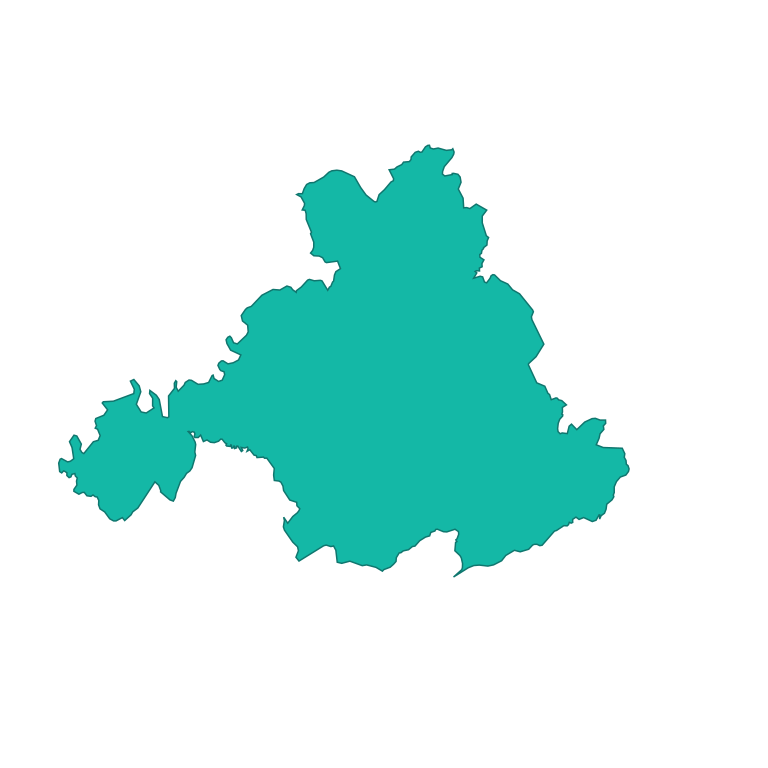 Coatzingo, Puebla, Mexico (Natural Earth projection), rotated 26°
{"feature_id": "50627088B82635679663989", "entity_name": "Coatzingo", "entity_type": "district", "adm_level": 2, "iso_a3": "MEX", "parent_name": "Mexico", "parent_adm1": "Puebla", "projection": "natural_earth1", "projection_center": [-98.173, 18.574], "detail": "fine", "context": "isolated", "style": "filled", "palette": "teal", "viewbox_px": 768, "rotation_deg": 26, "n_neighbors": 0, "source": "geoboundaries", "source_scale": "gbopen_adm2", "svg_char_len": 6170}
<svg xmlns="http://www.w3.org/2000/svg" viewBox="0 0 768 768"><g transform="rotate(26 384 384)"><path d="M126.8,592.4L125.9,593.6L126.3,597.7L130.9,604.9L133.3,605.2L134.1,602.6L135.1,602.4L137.9,602.8L139.1,605.3L142.0,606.2L143.3,604.7L143.1,602.0L145.4,600.0L146.8,601.9L149.5,602.9L150.2,606.1L152.3,609.5L151.5,614.6L152.3,616.4L158.1,616.8L160.3,613.8L162.1,612.8L166.0,614.7L169.9,613.4L171.1,611.3L173.8,611.9L175.7,611.3L178.7,613.7L180.4,617.7L183.5,620.7L189.0,621.4L196.6,625.4L200.9,625.6L203.1,624.6L207.4,618.8L210.8,620.4L214.0,612.5L214.2,609.1L217.1,603.4L221.0,572.4L226.0,573.8L230.1,577.7L230.5,578.9L242.4,582.0L246.0,581.6L246.2,577.6L245.0,573.4L243.8,560.8L245.3,555.4L245.7,550.9L247.6,547.3L248.2,543.4L246.0,530.8L243.8,528.1L241.3,521.0L239.7,519.0L234.1,514.7L228.8,512.6L229.5,512.0L231.6,512.6L232.6,510.8L234.7,510.5L235.9,511.8L236.4,514.3L237.5,515.0L240.5,513.5L241.6,510.3L246.9,514.9L249.4,511.9L253.6,512.4L257.2,511.1L260.4,507.9L261.4,505.1L262.7,504.6L266.9,506.6L268.8,506.7L268.7,508.2L269.8,508.7L273.2,507.5L273.0,505.9L273.6,505.8L275.2,508.3L276.3,507.7L276.4,505.5L277.4,505.8L278.1,507.4L279.5,506.1L278.9,504.5L279.8,503.9L285.4,507.2L286.2,505.7L283.5,503.6L286.9,502.6L289.0,500.5L290.2,501.8L290.4,504.5L292.2,501.9L298.4,504.9L300.6,504.3L302.1,505.8L307.8,502.5L309.1,503.1L311.2,502.0L322.4,508.0L324.7,514.2L327.7,518.8L332.0,517.3L334.3,517.4L337.9,520.0L340.5,523.8L350.2,529.6L357.4,528.6L359.1,531.6L363.0,533.0L363.1,535.0L362.6,537.7L360.1,543.1L358.5,551.3L352.2,547.7L354.3,550.3L356.2,556.5L358.6,559.0L371.3,566.1L377.7,568.2L380.2,571.4L380.8,578.3L385.2,580.4L400.7,555.8L402.7,554.1L407.5,553.4L409.7,551.7L413.6,554.5L420.1,564.7L424.6,563.7L431.0,558.2L444.1,556.8L447.7,554.2L457.2,552.3L464.6,552.9L465.2,550.9L469.9,545.9L471.6,541.8L472.6,538.2L471.2,534.7L471.7,529.1L473.1,528.3L474.5,525.5L478.7,522.2L480.8,517.6L482.9,516.1L484.8,509.2L488.4,503.4L491.6,500.5L491.1,496.9L494.2,493.8L494.2,492.1L495.6,491.1L502.2,490.7L505.3,489.4L511.5,483.4L515.6,484.0L517.0,486.3L517.5,491.2L516.9,492.6L518.6,493.7L517.8,495.0L520.8,502.8L527.5,504.9L529.7,506.4L533.3,510.9L534.9,514.5L535.3,516.7L531.1,527.0L540.3,512.2L544.3,507.8L549.0,505.0L557.2,502.1L561.8,498.5L567.2,491.3L568.6,484.7L574.1,476.3L580.0,475.1L586.5,469.1L588.2,463.6L589.4,462.2L591.8,461.0L594.9,461.0L596.8,459.6L601.7,441.5L603.3,440.0L607.7,432.5L610.8,431.2L611.5,429.5L611.2,427.1L613.2,427.0L614.3,425.7L612.9,423.0L614.9,419.5L618.7,420.2L622.0,416.5L631.5,416.3L634.3,413.5L634.7,407.3L635.3,407.1L637.0,410.9L636.9,407.2L638.8,403.5L638.5,399.2L636.9,394.4L639.7,388.2L640.0,384.6L638.8,383.3L638.5,380.6L636.0,375.5L635.7,369.8L637.2,364.0L641.3,359.8L642.1,355.5L641.5,352.9L639.1,350.4L637.0,349.9L635.0,346.6L632.1,344.6L631.0,341.1L626.3,337.3L608.9,345.0L601.4,345.6L601.1,338.6L600.0,334.0L601.5,328.4L599.5,325.5L600.5,322.2L598.9,319.3L594.1,321.7L589.0,322.2L586.2,323.9L581.1,330.2L577.3,340.5L570.1,337.9L568.9,340.8L570.5,348.2L565.6,349.9L564.1,351.5L561.3,350.5L559.6,348.0L557.8,342.9L557.4,338.7L558.6,334.5L558.1,333.2L557.0,333.1L556.7,330.9L554.6,326.9L557.1,322.8L551.1,321.0L547.8,321.7L546.1,320.8L544.7,321.1L541.2,324.8L537.4,320.9L535.4,320.5L529.5,315.5L520.8,316.0L505.4,303.5L505.0,302.4L508.7,292.8L510.2,278.1L488.7,261.3L487.0,258.9L486.6,253.6L485.1,252.3L466.3,243.5L458.3,243.0L451.5,239.9L443.4,240.1L435.6,237.5L433.9,238.0L432.8,239.8L433.0,242.5L431.9,248.1L429.6,248.3L425.7,244.5L423.2,245.0L418.2,249.6L418.7,243.5L416.5,242.9L417.5,241.6L420.3,240.5L418.9,238.0L420.8,235.6L419.2,232.8L419.4,228.6L414.6,228.0L413.3,225.6L414.3,223.9L413.4,220.8L414.1,218.7L413.7,217.9L415.6,214.0L414.0,210.2L413.8,206.5L411.0,205.9L401.7,196.1L398.7,190.0L400.1,182.7L388.0,181.9L384.3,188.7L381.0,189.2L378.4,190.7L373.6,182.3L365.3,176.2L364.8,168.9L361.7,164.6L358.5,163.1L354.1,164.2L353.0,164.9L353.6,165.8L347.4,170.4L344.5,169.7L343.5,167.3L342.9,162.2L345.8,150.7L345.9,146.8L345.3,144.8L342.7,142.4L342.2,143.8L337.6,146.7L329.2,148.2L325.4,151.1L322.1,151.6L320.2,149.5L318.8,150.3L317.3,152.7L316.4,158.9L315.0,159.9L312.9,159.7L310.5,162.1L308.9,168.0L309.9,170.4L309.3,173.0L304.3,176.0L303.8,179.0L300.5,183.2L299.2,186.3L294.7,189.2L302.6,195.2L303.3,197.2L301.7,199.4L299.2,209.2L296.6,215.9L297.6,223.1L296.4,224.2L294.9,224.3L285.0,222.0L276.8,217.6L266.6,210.7L252.6,211.0L247.9,212.5L243.6,215.3L241.6,217.9L239.1,224.4L232.8,233.6L229.1,235.7L227.0,238.6L226.6,243.3L227.2,248.7L223.7,250.4L222.5,252.0L227.4,252.2L233.4,256.4L234.2,258.6L234.2,263.4L237.0,262.4L239.4,265.1L242.0,270.2L252.3,279.4L252.1,281.1L258.7,287.3L260.9,291.9L261.3,295.1L260.6,298.5L264.7,299.5L269.7,297.4L273.5,297.4L277.5,300.1L279.1,300.1L288.4,293.9L294.3,299.4L291.5,304.1L291.7,307.8L293.6,313.6L293.1,314.9L293.4,319.6L292.5,320.8L292.3,324.4L283.1,318.5L281.4,318.7L276.1,321.8L271.1,322.7L269.8,324.1L267.2,333.0L264.4,338.5L264.9,340.1L260.6,339.3L257.9,337.9L253.8,338.5L249.2,345.2L242.8,347.7L235.3,357.8L230.7,372.4L227.7,375.5L226.8,377.7L225.7,385.1L229.2,389.4L235.7,390.9L239.1,396.7L239.0,400.5L234.6,412.3L230.7,412.9L226.6,409.4L224.5,408.6L223.1,410.5L222.7,413.5L225.1,416.5L231.3,420.8L242.6,420.6L242.7,426.2L239.2,431.0L234.9,434.3L229.2,433.7L227.7,434.6L226.4,437.7L226.6,440.1L229.9,442.8L231.5,443.5L234.9,443.1L236.7,445.5L236.9,451.5L234.2,454.2L228.9,453.6L226.5,450.9L225.8,451.8L225.7,459.5L221.9,463.0L217.0,465.8L209.4,465.1L207.0,465.9L204.7,469.7L204.8,472.7L202.2,480.7L198.6,478.0L196.7,472.8L195.4,472.3L195.2,475.2L197.6,479.8L195.6,489.2L205.0,507.8L204.2,509.2L199.2,510.4L188.8,496.5L184.3,493.9L176.4,492.4L177.5,495.4L182.3,498.2L185.6,505.1L187.8,506.3L183.0,514.3L178.0,515.6L170.3,510.8L168.8,497.6L164.8,493.0L157.2,489.6L154.8,492.6L161.9,498.2L163.3,502.3L148.3,518.1L139.5,523.0L139.1,524.6L146.9,528.4L145.9,534.9L140.1,541.4L140.6,544.1L143.9,547.5L143.8,550.3L146.4,550.2L151.5,554.8L151.8,559.9L148.1,563.3L144.7,578.1L142.5,578.0L139.4,576.0L138.3,570.7L136.6,569.5L130.7,565.4L127.8,565.9L126.6,573.7L131.5,577.9L137.9,587.2L136.0,590.9L133.8,592.7L126.8,592.4Z" fill="#14b8a6" stroke="#0f766e" stroke-width="1.5"/></g></svg>